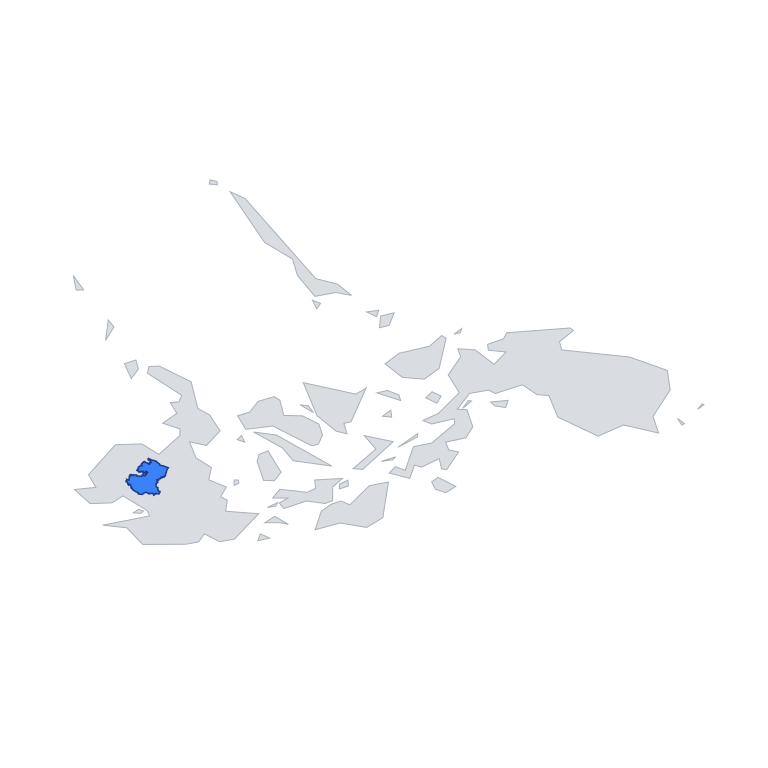 location of Cotabato, Cotabato, Philippines, rotated 96°
{"feature_id": "2640588B30235147478886", "entity_name": "Cotabato", "entity_type": "district", "adm_level": 2, "iso_a3": "PHL", "parent_name": "Philippines", "parent_adm1": "Cotabato", "projection": "natural_earth1", "projection_center": [124.836, 7.183], "detail": "fine", "context": "in_parent", "style": "filled", "palette": "blue", "viewbox_px": 768, "rotation_deg": 96, "n_neighbors": 0, "source": "geoboundaries", "source_scale": "gbopen_adm2", "svg_char_len": 8850}
<svg xmlns="http://www.w3.org/2000/svg" viewBox="0 0 768 768"><g transform="rotate(96 384 384)"><path d="M360.0,98.8L388.1,113.1L404.1,105.8L399.7,141.4L413.5,165.6L398.8,207.6L378.2,218.9L378.6,230.7L370.3,246.2L381.8,272.4L379.2,279.4L384.4,297.9L401.4,308.5L400.9,298.8L417.3,291.2L429.0,297.0L435.4,316.6L442.8,312.7L443.8,302.7L462.7,312.7L462.3,317.9L452.5,321.3L462.8,338.1L461.5,345.2L475.2,348.5L472.0,369.5L465.0,364.0L467.7,353.9L443.3,348.2L437.7,330.4L416.0,309.5L411.2,310.5L418.8,332.5L416.1,341.5L407.6,326.9L384.8,308.2L368.2,321.1L349.0,310.6L341.2,314.2L340.5,297.0L353.0,276.6L339.4,266.0L339.5,283.8L333.7,285.1L326.6,269.9L320.2,267.3L308.8,204.5L311.0,201.3L323.5,213.8L331.5,211.0L331.5,142.6L340.9,103.6L360.0,98.8ZM526.1,495.1L553.8,516.5L558.1,531.0L551.8,546.9L560.5,551.9L564.1,564.5L568.8,607.1L553.9,624.8L553.8,649.0L539.7,603.3L534.5,606.4L522.6,632.0L530.6,642.0L533.7,663.8L521.3,680.7L516.9,659.7L505.2,668.4L472.5,644.8L468.9,618.5L477.5,600.5L456.7,581.7L450.0,582.1L446.1,600.0L434.8,586.9L425.0,594.6L423.1,585.9L416.3,584.1L398.0,620.4L391.2,619.6L389.7,609.3L402.0,576.0L427.7,566.6L433.0,554.2L447.8,542.1L463.7,554.2L461.8,571.3L477.1,563.3L485.1,546.8L497.6,548.4L502.9,530.1L513.4,534.7L516.0,527.7L527.1,528.2L526.1,495.1ZM443.5,516.7L430.9,526.3L426.0,514.6L414.4,507.3L408.1,492.1L410.9,485.9L425.7,480.3L424.2,461.7L430.6,444.6L441.1,439.8L450.8,443.0L453.0,449.3L437.4,490.3L443.5,516.7ZM517.1,371.2L528.5,386.3L526.8,413.0L536.2,437.3L516.9,433.0L509.3,424.3L504.8,414.6L507.8,405.3L486.7,388.0L481.0,369.4L517.1,371.2ZM389.8,401.3L425.1,412.9L427.3,419.8L437.4,415.6L435.9,426.7L422.4,447.4L391.1,464.4L397.0,410.8L389.8,401.3ZM255.8,517.4L208.9,557.1L214.0,541.7L286.3,462.9L289.6,440.7L299.2,425.5L298.1,441.6L304.1,461.9L285.0,481.5L269.3,488.0L255.8,517.4ZM332.1,327.0L362.7,330.8L374.9,344.3L375.5,366.3L363.8,385.1L351.8,372.0L341.6,342.6L329.7,331.7L332.1,327.0ZM491.7,424.2L505.3,422.9L509.0,430.1L508.5,449.1L518.3,470.5L513.4,475.7L507.5,467.8L509.0,482.7L499.6,476.7L499.8,449.3L495.0,441.2L486.7,442.9L482.3,415.6L491.7,424.2ZM445.4,508.8L446.0,485.7L471.1,427.3L469.8,466.3L458.1,478.5L445.4,508.8ZM492.4,493.7L474.3,502.1L467.1,501.0L462.6,492.4L482.5,477.1L491.7,483.0L492.4,493.7ZM440.4,368.8L471.2,396.3L471.4,405.9L449.5,385.2L437.4,398.2L440.4,368.8ZM483.2,321.9L476.4,326.4L471.2,320.5L478.3,301.9L485.7,311.2L483.2,321.9ZM405.0,635.9L390.9,644.3L386.1,633.2L394.8,629.8L405.0,635.9ZM312.1,381.4L325.2,385.0L328.5,394.3L316.8,394.5L312.1,381.4ZM390.0,326.0L397.6,329.4L393.4,341.0L386.7,335.4L390.0,326.0ZM355.4,658.5L369.8,665.5L349.2,664.9L355.4,658.5ZM534.5,488.0L527.0,478.9L533.6,464.5L532.8,473.2L534.5,488.0ZM398.7,365.7L393.6,390.1L390.1,380.0L393.2,368.1L398.7,365.7ZM321.8,692.6L322.8,699.9L308.5,704.4L321.8,692.6ZM394.7,260.4L394.2,271.4L390.8,276.1L387.3,259.0L394.7,260.4ZM419.8,451.1L413.5,465.2L413.5,457.1L419.8,451.1ZM317.8,398.5L314.2,408.7L311.1,396.9L317.8,398.5ZM493.0,417.5L488.2,417.8L483.4,409.8L489.2,408.8L493.0,417.5ZM416.2,372.9L416.2,382.1L409.3,374.5L416.2,372.9ZM553.0,493.1L546.0,491.4L549.2,481.6L553.0,493.1ZM433.1,345.1L445.5,363.5L429.8,345.3L433.1,345.1ZM316.5,458.7L308.2,463.9L310.5,455.6L316.5,458.7ZM456.3,516.4L454.7,524.3L450.1,520.3L456.3,516.4ZM458.5,367.5L461.2,378.5L455.2,364.7L458.5,367.5ZM203.4,578.7L199.2,578.2L200.1,571.3L203.3,570.5L203.4,578.7ZM500.5,522.5L495.1,523.0L494.7,518.8L497.9,518.0L500.5,522.5ZM538.2,619.8L534.3,614.9L535.5,609.9L538.1,612.4L538.2,619.8ZM324.9,313.4L327.2,319.6L320.8,312.5L324.9,313.4ZM516.8,479.0L519.0,487.2L513.1,477.3L516.8,479.0ZM393.7,83.5L387.5,88.6L392.0,81.1L393.7,83.5ZM400.0,303.2L391.6,298.4L391.8,295.2L400.0,303.2ZM371.2,63.6L376.4,69.4L370.5,65.6L371.2,63.6Z" fill="#d9dde1" stroke="#a8b0b8" stroke-width="1"/><path d="M500.3,594.9L500.2,594.9L500.2,594.7L500.2,594.4L500.0,594.2L499.9,594.1L499.7,594.0L499.7,593.9L499.6,594.0L499.6,593.9L499.3,593.9L499.2,593.8L499.2,593.6L499.1,593.3L499.2,593.1L498.8,593.1L498.7,592.5L498.4,592.5L498.4,592.4L498.3,592.1L498.1,592.0L498.1,591.8L497.7,591.8L497.2,591.7L497.1,591.8L497.0,591.7L496.5,591.9L496.4,591.8L496.1,591.8L495.5,591.6L495.3,591.4L495.0,591.4L494.8,591.3L494.6,591.4L494.4,591.2L492.2,591.0L489.8,589.7L488.4,595.6L488.2,598.6L487.3,598.6L485.4,601.5L485.1,602.0L485.0,602.4L484.7,602.3L484.0,604.9L484.2,605.4L483.6,607.7L483.2,608.7L483.1,609.3L482.6,610.4L482.6,610.6L483.1,610.8L484.0,610.6L484.3,610.2L484.7,608.2L485.2,608.3L485.6,608.3L485.5,608.0L485.6,607.9L485.9,607.9L485.9,608.1L486.1,608.0L486.3,608.0L486.3,607.9L486.6,607.6L486.7,607.9L486.8,607.9L486.8,608.9L488.3,608.9L488.3,609.4L488.0,609.3L488.0,609.7L487.8,609.7L487.4,610.5L487.2,612.2L486.1,614.0L486.2,614.3L486.4,614.1L487.1,614.7L487.2,614.9L487.1,615.4L487.2,615.7L487.5,615.8L487.7,616.1L488.3,616.3L488.5,616.6L488.8,616.8L489.0,616.9L489.4,616.8L489.6,616.9L489.8,616.5L490.0,616.4L489.9,616.6L489.9,616.8L490.2,616.9L490.5,617.3L490.8,617.1L491.0,617.2L490.9,617.8L491.8,618.9L492.1,619.5L492.9,619.6L493.2,619.3L493.6,619.3L493.8,619.7L494.2,619.8L494.4,620.1L494.6,620.2L494.8,619.9L495.1,620.3L495.1,620.5L495.3,620.5L495.6,620.6L495.6,620.3L496.0,620.3L496.1,619.8L495.9,619.6L495.9,619.4L496.3,619.3L496.4,619.0L496.7,619.0L496.8,618.9L496.6,618.7L497.1,618.4L497.3,618.3L497.2,618.1L496.9,618.1L496.7,617.9L496.7,617.7L497.1,617.6L497.1,617.4L496.7,617.1L496.9,616.8L496.8,616.6L496.5,616.5L496.6,615.9L496.2,615.9L496.0,615.7L496.0,615.4L496.1,615.2L496.1,614.9L496.3,615.1L496.5,615.2L496.9,614.6L496.9,614.4L496.8,614.0L496.8,613.7L497.0,613.6L497.1,614.3L497.3,614.3L497.4,614.0L497.7,613.9L497.4,613.6L497.5,613.4L497.8,613.4L497.7,612.9L497.5,613.0L497.4,612.7L497.5,612.6L497.6,612.3L497.1,612.3L497.1,612.0L496.7,611.8L496.8,611.6L496.6,611.7L496.3,611.7L496.2,611.7L496.3,611.6L496.4,611.4L496.2,611.4L496.4,611.1L496.1,610.9L496.4,610.8L496.3,610.6L496.2,610.3L496.2,610.1L496.4,610.0L496.5,610.3L496.6,610.0L497.2,610.1L497.7,610.4L498.1,611.0L498.3,611.1L498.7,611.5L499.2,611.2L499.4,611.6L499.6,611.7L499.8,611.9L500.2,612.1L500.2,612.6L499.8,612.3L499.6,612.3L499.7,612.8L499.7,613.2L499.7,613.7L499.2,614.3L499.2,614.8L500.4,615.0L501.3,615.4L501.1,616.2L501.2,620.5L500.4,620.5L500.4,622.1L500.4,623.4L501.1,624.2L501.4,624.2L501.4,624.4L501.3,624.6L501.0,624.8L501.0,625.0L500.8,625.2L500.5,625.3L500.5,626.4L501.2,626.4L501.2,627.4L501.4,627.5L502.4,627.6L502.4,627.2L503.0,627.2L503.7,627.3L503.7,627.6L503.9,627.6L505.2,627.6L505.7,627.5L505.9,627.7L505.9,627.9L506.2,627.8L505.9,629.1L506.0,629.0L506.1,629.4L506.3,629.6L506.4,629.9L506.7,630.0L506.7,629.8L506.8,629.9L506.9,630.0L507.0,630.0L507.4,630.4L507.6,630.2L507.7,630.3L507.8,630.3L507.8,630.2L507.8,630.3L507.9,630.1L508.2,630.2L508.3,630.1L508.3,629.0L510.0,628.4L510.1,627.6L510.2,627.8L510.5,627.7L510.6,628.0L511.3,627.4L511.1,627.1L510.8,626.9L510.8,626.7L510.8,626.4L511.0,626.4L511.0,626.0L510.9,625.7L511.0,625.3L511.5,625.5L511.8,625.3L512.1,625.2L512.9,624.5L513.3,624.6L513.5,624.8L513.8,624.7L514.0,624.6L514.1,624.3L514.1,624.1L514.3,623.9L514.2,623.7L514.3,623.7L514.7,623.4L514.9,623.2L515.1,623.1L515.3,622.7L515.6,622.6L515.7,622.2L515.9,622.0L515.9,621.7L516.2,621.4L516.2,621.0L516.4,620.9L516.4,620.6L516.7,620.3L517.0,619.7L517.6,618.2L517.8,617.8L517.6,617.6L517.9,617.4L518.0,617.3L518.0,616.9L518.6,616.9L518.8,616.7L519.0,616.7L519.0,616.1L519.1,615.8L519.2,615.5L519.1,615.3L519.1,614.3L519.0,614.1L519.2,613.5L519.1,613.0L516.8,610.3L516.6,608.8L516.8,608.0L517.2,607.8L517.3,607.2L517.6,607.0L517.8,606.6L517.7,605.9L517.2,605.7L517.5,605.0L517.4,604.9L517.4,604.5L517.1,604.0L517.2,603.6L517.1,603.2L516.8,602.7L516.8,602.3L518.6,601.5L518.5,601.4L518.5,601.2L518.3,601.2L518.2,601.0L517.9,601.1L518.0,600.9L517.7,600.3L517.0,600.1L516.8,599.8L517.2,599.7L517.2,599.3L517.0,599.0L516.9,599.1L516.9,597.8L516.8,597.4L516.6,597.2L516.9,596.8L516.8,596.2L515.3,595.6L514.3,595.5L514.3,595.8L514.2,596.0L514.1,596.5L514.0,597.4L513.0,597.5L512.8,597.9L510.6,598.0L510.5,598.8L510.1,599.8L509.8,600.1L509.7,600.2L509.1,600.2L508.6,600.1L508.2,600.0L507.9,600.1L507.4,600.1L507.1,600.2L507.0,600.3L506.8,599.9L506.5,599.8L506.4,599.9L506.1,599.6L505.8,599.5L505.6,599.0L505.5,598.8L505.4,598.8L505.3,598.7L505.2,598.9L504.9,599.1L504.6,599.3L504.4,599.4L504.3,599.5L504.2,599.4L504.2,599.6L503.9,599.7L503.5,599.4L503.4,599.5L503.4,599.4L503.4,599.2L503.5,599.1L503.4,599.0L503.5,599.0L503.4,598.7L503.3,598.8L503.2,598.7L503.1,598.8L503.1,598.7L503.0,598.8L502.9,598.8L502.7,598.7L502.4,598.5L502.4,598.3L502.0,598.0L501.8,597.8L501.8,597.6L502.0,597.4L501.9,597.0L501.5,596.6L501.3,596.2L501.1,596.0L500.9,595.9L500.6,596.1L500.5,596.3L499.9,596.6L500.0,596.5L499.9,596.3L500.1,596.1L500.3,595.9L500.2,595.7L500.4,595.5L500.5,595.3L500.3,595.1L500.3,594.9Z" fill="#3b82f6" stroke="#1e3a8a" stroke-width="1.5"/></g></svg>